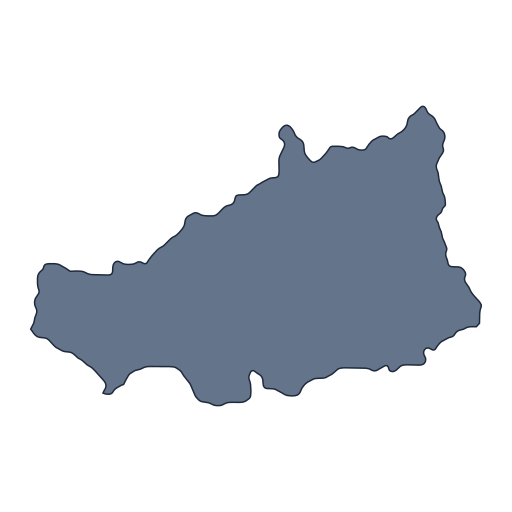 outline of Jarabacoa, La Vega, Dominican Republic
{"feature_id": "3306468B89107795210133", "entity_name": "Jarabacoa", "entity_type": "district", "adm_level": 2, "iso_a3": "DOM", "parent_name": "Dominican Republic", "parent_adm1": "La Vega", "projection": "natural_earth1", "projection_center": [-70.715, 19.099], "detail": "fine", "context": "isolated", "style": "filled", "palette": "slate", "viewbox_px": 512, "rotation_deg": 0, "n_neighbors": 0, "source": "geoboundaries", "source_scale": "gbopen_adm2", "svg_char_len": 6066}
<svg xmlns="http://www.w3.org/2000/svg" viewBox="0 0 512 512"><path d="M123.6,384.5L125.5,380.6L128.4,375.5L129.7,373.9L133.7,371.3L134.9,370.6L140.6,369.1L144.3,367.3L146.7,366.7L150.0,366.5L169.5,366.6L173.6,366.9L175.2,367.4L176.4,368.0L179.8,370.3L181.3,371.8L183.7,375.7L189.6,383.2L190.5,384.7L195.1,395.5L196.5,397.6L198.8,400.0L200.1,401.0L201.6,401.6L208.8,402.8L214.1,405.2L216.5,405.6L219.8,405.6L222.2,405.0L225.9,403.1L228.2,402.5L231.6,402.3L240.1,402.4L243.4,402.0L245.5,401.2L249.3,398.5L250.1,397.3L250.6,395.8L250.8,393.2L250.9,390.6L250.5,384.2L249.9,381.7L248.9,378.4L248.8,377.1L249.1,375.8L250.0,373.3L250.9,371.6L251.9,370.8L253.2,370.6L254.4,371.1L257.3,373.3L259.8,374.8L260.9,375.8L261.8,377.0L262.7,379.2L263.2,384.3L263.5,385.9L264.3,387.2L264.8,387.7L265.4,388.1L266.8,388.5L273.1,388.8L275.4,389.4L281.8,392.8L284.8,394.6L287.0,395.4L291.0,395.9L295.1,395.7L297.4,395.0L299.1,393.7L300.3,391.9L301.5,389.0L302.8,386.9L304.8,384.4L307.3,382.3L313.0,379.3L314.4,378.7L316.8,378.4L323.3,378.1L325.6,377.6L331.9,374.2L333.2,373.2L337.4,369.5L338.7,368.7L340.3,368.2L342.7,367.9L345.2,367.8L365.6,368.2L368.8,368.7L372.5,370.5L374.5,370.9L376.6,370.5L384.3,366.1L385.4,365.6L386.0,365.6L387.2,365.8L388.1,366.7L389.0,369.4L389.6,370.5L390.6,371.2L392.6,371.6L394.0,371.3L395.3,370.7L396.6,369.8L400.1,366.5L401.4,365.7L402.9,365.2L405.1,364.9L407.4,364.8L418.9,365.1L420.5,365.0L422.1,364.7L422.8,364.4L424.0,363.6L424.9,362.5L425.5,361.1L425.7,359.5L425.5,358.0L424.1,355.0L423.7,353.6L423.6,352.8L423.8,351.2L424.1,350.5L424.9,349.3L425.9,348.4L427.3,348.0L428.6,348.0L429.8,348.5L432.5,349.9L433.7,350.0L434.3,349.9L435.3,349.2L437.1,346.4L438.6,344.4L440.3,342.6L441.5,341.6L448.5,337.8L451.8,336.8L453.0,336.2L453.9,335.4L455.8,332.7L456.8,331.7L458.0,330.9L459.3,330.3L463.5,329.2L466.6,327.6L468.0,327.1L471.0,326.7L476.4,326.7L479.5,323.2L479.7,313.5L480.1,310.2L481.3,306.3L481.2,304.9L480.9,304.2L480.2,302.9L479.3,301.6L474.2,296.0L472.0,293.3L470.7,291.2L469.0,287.5L465.3,282.1L464.7,280.6L464.5,279.0L464.7,277.6L465.5,275.2L465.6,273.9L465.3,272.5L464.1,270.5L462.5,268.7L460.5,267.4L458.2,266.9L453.0,266.8L450.9,266.5L449.6,266.0L448.7,265.0L448.1,263.7L447.3,260.0L446.0,256.6L445.7,255.1L445.8,252.9L446.7,249.8L446.8,249.1L446.6,247.8L444.5,242.3L442.6,238.2L441.2,231.8L439.4,227.6L438.0,222.5L436.8,220.7L436.4,219.5L436.3,218.2L436.5,217.5L437.1,216.2L438.4,214.8L440.8,212.8L441.5,211.7L442.6,208.5L443.3,207.6L444.9,205.9L445.4,204.8L445.4,204.2L445.1,199.9L444.7,197.4L444.2,195.9L442.6,192.5L441.2,186.1L439.5,181.9L439.0,179.5L438.1,172.8L436.6,168.7L436.2,166.4L436.6,164.1L439.3,157.9L442.5,153.2L443.4,151.2L443.5,149.9L442.8,146.8L442.6,145.3L443.0,143.2L444.4,139.8L444.8,138.2L444.9,136.6L444.7,134.9L444.0,132.7L442.7,130.9L440.2,128.9L439.3,127.9L436.5,122.8L435.0,119.3L433.7,117.5L432.1,116.0L429.7,114.5L428.1,113.1L427.0,111.3L425.9,108.7L424.7,107.1L423.6,106.4L422.3,106.4L421.6,106.6L420.4,107.5L414.6,113.4L413.4,114.4L410.8,115.8L409.3,117.3L408.4,118.5L407.9,119.9L406.9,124.6L406.3,126.1L405.5,127.6L404.0,129.5L401.6,131.7L397.6,134.0L393.5,137.6L392.3,138.4L391.0,138.8L389.8,138.7L388.8,138.2L387.2,136.8L385.3,136.3L382.4,136.1L380.9,136.3L379.4,136.7L373.1,140.1L371.8,141.1L369.1,144.1L365.8,149.0L364.6,149.7L363.3,150.0L361.1,150.1L358.9,149.8L357.5,149.3L354.5,147.7L353.2,147.3L351.2,147.3L349.0,148.1L347.9,148.3L346.7,148.1L343.7,146.9L342.3,146.6L338.5,146.3L332.2,146.3L331.0,146.7L330.0,147.4L327.7,150.9L325.7,153.5L321.3,158.3L320.1,159.4L318.8,160.2L314.6,162.2L313.4,162.3L312.1,162.0L310.4,160.7L308.2,158.3L306.2,155.8L304.9,153.6L304.3,151.2L303.8,145.4L303.5,143.8L302.9,142.3L302.1,141.1L300.5,139.7L298.1,138.2L296.5,136.8L295.2,135.1L294.0,132.2L293.2,130.7L291.8,128.7L290.2,126.8L288.9,125.9L287.5,125.3L286.0,125.3L285.2,125.5L283.8,126.2L282.6,127.2L280.5,129.7L279.3,132.0L279.0,133.6L279.1,136.0L279.5,137.4L280.3,138.5L282.3,139.9L283.7,141.4L284.3,142.7L284.5,143.4L284.6,145.0L284.0,147.2L279.8,156.0L279.3,157.6L279.0,159.3L278.9,162.0L279.1,171.1L278.9,173.6L278.6,175.2L277.9,176.5L276.8,177.2L275.5,177.6L272.0,177.9L269.8,178.3L262.8,181.9L259.8,183.8L257.2,185.1L256.0,186.0L249.8,192.3L248.5,193.4L247.2,194.1L245.0,194.7L238.4,195.0L236.5,195.6L236.0,196.1L235.4,197.2L234.3,201.4L233.6,202.6L232.6,203.7L230.8,204.8L226.6,205.9L224.7,207.0L222.9,208.5L218.4,213.2L217.2,214.2L215.9,215.1L214.5,215.6L212.2,215.9L208.3,215.9L204.5,215.7L201.5,215.1L197.8,213.2L196.5,212.8L195.1,212.8L193.7,213.1L188.2,216.1L187.1,217.0L185.8,218.8L185.3,220.2L184.4,225.0L183.8,226.5L182.5,228.6L180.5,231.1L178.2,233.5L176.5,235.1L175.2,236.0L172.6,237.3L170.7,238.7L163.9,245.5L162.6,246.4L159.4,248.2L157.5,249.7L152.3,255.3L149.2,259.3L146.9,262.8L146.4,263.3L145.3,263.7L144.0,263.6L140.8,262.0L138.7,261.8L137.4,262.2L134.4,263.7L133.0,264.1L130.0,264.4L126.9,264.4L124.6,264.1L123.1,263.7L118.9,261.5L117.5,261.3L116.1,261.6L115.5,261.9L114.4,262.8L113.3,264.7L112.8,267.1L112.6,271.7L112.1,273.1L111.8,273.7L111.2,274.2L109.9,274.8L108.5,275.0L106.2,275.0L91.2,274.6L88.0,273.8L84.2,272.0L81.9,271.3L76.9,271.0L70.2,271.3L65.5,268.1L62.9,266.7L59.8,264.9L58.4,264.3L56.9,264.0L54.4,263.7L48.8,263.7L46.6,264.0L45.3,264.5L44.7,265.0L44.0,266.1L43.2,268.5L42.6,269.6L40.2,271.7L38.9,273.3L38.2,274.7L37.7,276.4L37.5,278.1L37.5,283.7L37.8,286.3L38.2,288.0L39.0,290.6L39.1,291.9L39.0,292.6L38.4,293.9L35.4,298.4L34.9,300.0L34.6,301.6L34.6,303.3L34.8,304.9L35.3,306.4L36.4,309.0L36.7,310.4L36.8,312.0L36.2,314.2L34.9,317.6L34.1,321.6L33.7,323.2L30.7,329.1L33.9,333.6L35.4,335.2L37.1,336.5L39.2,337.3L45.1,338.0L47.3,338.8L49.1,340.3L54.1,345.7L55.9,347.3L62.2,350.8L64.3,351.5L70.2,352.2L72.3,353.1L74.1,354.4L77.9,357.9L81.1,359.7L82.3,360.5L87.3,365.0L90.5,366.8L92.3,368.1L95.0,370.8L102.9,379.6L104.3,381.3L105.5,383.3L106.0,385.3L105.8,387.2L105.3,388.6L103.8,391.2L103.0,393.1L105.0,393.8L107.2,394.2L109.3,394.2L110.7,393.9L111.8,393.2L112.3,392.8L114.2,390.0L116.2,388.2L121.6,385.1L123.6,384.5Z" fill="#64748b" stroke="#1e293b" stroke-width="1.5"/></svg>